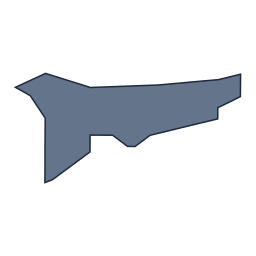 Ameland, Netherlands
{"feature_id": "6326949B94267238588526", "entity_name": "Ameland", "entity_type": "district", "adm_level": 2, "iso_a3": "NLD", "parent_name": "Netherlands", "parent_adm1": "", "projection": "equal_earth", "projection_center": [5.771, 53.406], "detail": "fine", "context": "isolated", "style": "filled", "palette": "slate", "viewbox_px": 256, "rotation_deg": 0, "n_neighbors": 0, "source": "geoboundaries", "source_scale": "gbopen_adm2", "svg_char_len": 511}
<svg xmlns="http://www.w3.org/2000/svg" viewBox="0 0 256 256"><path d="M90.0,151.9L90.1,135.1L112.6,135.2L127.5,146.4L135.0,146.5L150.1,135.3L172.6,129.8L176.4,128.9L195.2,124.3L217.7,118.9L217.8,113.3L217.8,107.7L234.8,99.4L240.4,96.6L240.5,85.4L240.6,74.2L218.1,79.7L206.1,80.7L158.0,85.0L90.4,87.5L88.6,86.9L45.5,73.4L15.4,87.3L30.3,95.7L40.0,110.3L40.6,111.2L45.2,118.2L45.1,134.3L45.0,150.4L45.0,166.5L44.9,182.6L52.3,179.8L59.9,174.2L90.0,151.9Z" fill="#64748b" stroke="#1e293b" stroke-width="1.5"/></svg>